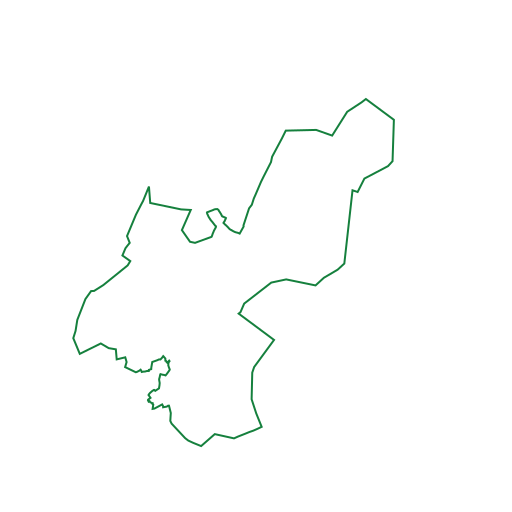 Ife East, Osun, Nigeria, rotated 225°
{"feature_id": "59680162B92942987363648", "entity_name": "Ife East", "entity_type": "district", "adm_level": 2, "iso_a3": "NGA", "parent_name": "Nigeria", "parent_adm1": "Osun", "projection": "equal_earth", "projection_center": [4.586, 7.388], "detail": "fine", "context": "isolated", "style": "outline", "palette": "green", "viewbox_px": 512, "rotation_deg": 225, "n_neighbors": 0, "source": "geoboundaries", "source_scale": "gbopen_adm2", "svg_char_len": 3741}
<svg xmlns="http://www.w3.org/2000/svg" viewBox="0 0 512 512"><g transform="rotate(225 256 256)"><path d="M188.2,313.1L234.2,370.7L229.4,373.1L234.1,387.4L226.2,412.9L226.5,419.6L254.8,449.8L289.3,444.7L290.0,439.3L293.5,422.5L287.3,395.0L302.6,387.7L323.6,365.7L320.8,357.4L314.8,337.6L311.8,333.0L306.8,317.6L304.9,312.0L299.8,299.3L298.2,295.1L295.2,289.3L294.6,284.8L286.5,268.8L285.6,268.1L283.4,260.3L284.7,259.8L285.5,259.4L286.3,258.9L287.0,258.5L287.8,258.1L288.5,257.8L289.0,257.7L289.5,257.5L289.7,257.4L290.2,257.3L290.7,257.2L291.1,257.0L291.7,257.0L292.1,256.8L292.4,256.6L293.1,256.5L293.8,256.4L294.3,256.4L294.7,256.4L295.1,256.4L295.6,256.5L296.3,256.5L296.9,256.5L297.5,256.5L298.2,256.5L298.7,256.5L299.2,256.5L299.6,256.4L300.4,256.4L300.9,256.4L301.1,256.4L301.7,256.4L302.0,256.4L302.4,256.4L302.5,256.6L302.6,257.0L302.7,257.8L302.8,258.1L302.9,258.7L303.2,259.2L303.4,259.9L303.6,260.5L303.9,261.1L304.1,261.6L304.4,261.6L304.6,261.5L304.9,261.4L305.2,261.3L305.4,261.2L305.6,261.1L305.9,261.0L306.3,260.8L306.5,260.8L306.8,260.7L307.1,260.5L307.4,260.4L307.6,260.2L307.9,260.2L308.3,260.2L308.5,260.2L308.8,260.4L309.2,260.5L309.5,260.6L309.9,260.8L310.2,260.9L310.5,260.9L310.8,261.0L311.1,261.1L311.3,261.1L311.7,261.2L312.0,261.3L312.4,261.4L312.8,261.5L313.2,261.5L313.6,261.6L313.8,261.6L314.1,261.7L314.6,261.9L314.9,262.0L315.4,262.0L315.9,261.9L316.4,261.9L316.6,261.6L317.0,261.3L317.2,261.1L317.5,260.8L317.7,260.5L317.9,260.2L318.2,259.8L318.4,259.4L318.6,259.0L318.7,258.5L319.0,257.9L319.2,257.4L319.4,256.9L319.6,256.5L319.9,255.9L320.1,255.4L320.4,254.8L320.6,254.2L320.8,253.8L321.0,253.4L321.2,252.9L321.5,252.4L321.3,251.9L320.9,251.7L320.2,251.3L319.3,251.0L318.7,250.8L317.8,250.4L317.1,250.2L316.4,250.0L315.9,249.9L315.2,249.8L314.6,249.6L314.2,249.6L313.7,249.4L313.3,249.4L312.7,249.3L312.2,249.3L311.3,249.2L310.6,249.2L310.2,249.1L309.6,249.0L309.1,249.0L308.6,248.9L308.2,248.8L307.6,248.8L306.6,248.6L306.1,248.6L305.7,248.6L305.3,248.7L304.7,247.9L304.5,247.2L304.1,245.8L303.6,244.1L302.9,242.5L302.5,241.4L301.5,239.4L301.4,239.2L301.0,238.1L308.4,222.2L312.7,219.4L326.7,221.9L334.7,242.4L341.9,236.0L368.3,218.7L380.8,229.4L374.7,214.9L374.3,213.5L373.6,211.2L370.1,200.3L361.3,178.9L354.6,176.0L354.2,172.3L353.8,169.2L350.8,161.9L341.3,163.5L340.1,158.6L343.4,127.5L345.8,116.8L347.8,114.6L346.2,105.0L337.2,84.5L330.6,75.4L327.1,68.7L311.4,62.2L303.9,84.4L295.0,86.7L289.1,90.9L281.4,84.4L276.8,91.9L272.5,89.5L270.0,84.9L258.8,88.8L258.3,89.7L257.4,92.4L257.2,94.0L256.1,93.8L254.8,93.2L253.8,94.7L252.8,95.8L251.8,97.6L250.9,98.4L250.5,99.0L251.2,99.7L250.1,101.9L251.3,103.3L254.4,107.7L252.2,112.3L251.4,114.4L251.0,114.7L250.4,115.3L250.5,117.7L250.8,119.6L250.1,119.6L249.3,119.5L247.6,119.4L246.1,117.9L245.5,118.2L244.4,117.8L243.4,117.8L243.4,120.6L242.8,120.5L242.5,118.7L240.8,116.7L238.7,115.6L236.8,114.8L236.4,114.0L235.7,109.7L235.5,107.6L236.9,106.9L238.1,106.0L240.0,104.9L239.7,104.1L238.6,102.5L237.4,100.4L236.6,99.7L234.3,98.1L232.8,96.3L231.0,93.8L231.9,89.4L233.2,89.4L233.5,89.1L233.9,87.2L234.1,84.1L233.9,82.4L233.7,81.7L230.3,81.1L230.7,78.1L230.4,77.6L228.9,77.1L228.6,78.1L227.3,77.8L225.0,78.8L224.8,78.2L223.6,78.3L221.0,74.8L219.9,76.4L219.4,78.1L218.8,80.0L217.4,84.7L215.4,84.1L214.7,83.4L212.6,86.4L212.3,88.0L211.7,88.6L209.8,87.5L205.2,84.7L200.0,78.8L197.2,77.8L177.3,77.1L173.4,77.6L168.2,79.5L160.4,82.8L159.2,100.9L142.6,111.5L141.0,115.7L139.7,118.7L138.0,122.6L136.2,126.9L134.4,130.6L132.8,134.7L131.2,139.2L144.6,144.9L157.8,151.6L176.2,170.9L178.8,176.2L183.9,209.4L227.5,203.0L227.3,205.4L230.7,214.0L226.4,248.0L218.1,260.8L193.1,277.3L192.6,288.6L188.6,304.1L188.2,313.1Z" fill="none" stroke="#15803d" stroke-width="2"/></g></svg>